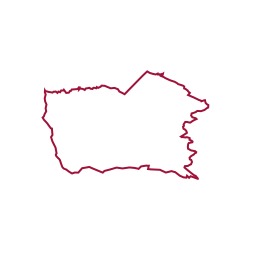 Kongba, Gbapolu, Liberia, rotated 45°
{"feature_id": "62588387B18809430914172", "entity_name": "Kongba", "entity_type": "district", "adm_level": 2, "iso_a3": "LBR", "parent_name": "Liberia", "parent_adm1": "Gbapolu", "projection": "mercator", "projection_center": [-10.454, 7.678], "detail": "fine", "context": "isolated", "style": "outline", "palette": "rose", "viewbox_px": 256, "rotation_deg": 45, "n_neighbors": 0, "source": "geoboundaries", "source_scale": "gbopen_adm2", "svg_char_len": 3245}
<svg xmlns="http://www.w3.org/2000/svg" viewBox="0 0 256 256"><g transform="rotate(45 128 128)"><path d="M213.2,114.6L213.0,114.3L212.8,114.3L210.2,114.1L209.7,114.0L208.0,114.7L201.4,115.5L195.9,116.0L195.7,115.6L195.3,115.1L195.2,114.8L197.2,112.4L197.8,110.1L198.2,109.0L197.2,106.7L195.3,105.9L194.4,106.3L193.8,106.4L192.5,105.4L192.5,103.2L193.3,100.1L193.1,98.4L193.6,97.6L193.5,97.3L193.3,96.8L191.7,97.0L188.7,99.1L187.4,99.6L187.2,99.6L185.1,100.2L183.8,99.1L183.7,99.1L182.2,97.2L181.9,96.7L181.6,95.7L182.4,94.4L183.6,92.6L183.1,91.9L182.0,92.0L179.8,92.8L179.4,92.1L178.6,91.5L176.8,92.5L176.1,92.9L175.7,93.4L175.5,93.9L173.0,95.8L172.5,96.5L172.4,96.5L171.5,96.6L171.7,96.0L173.1,90.0L173.1,89.8L172.5,89.5L171.7,89.0L169.6,88.7L167.8,89.3L167.5,89.1L166.6,88.5L166.0,88.2L166.0,87.7L166.0,86.9L165.2,86.4L164.8,86.2L164.2,83.2L164.7,82.7L165.5,81.9L166.4,81.5L166.5,81.4L168.2,80.2L168.7,77.4L169.1,75.9L170.1,73.2L169.1,73.2L165.9,74.9L163.8,74.5L163.0,73.2L162.7,72.7L163.6,71.1L164.7,68.8L164.7,67.7L165.3,66.6L167.6,64.6L169.3,61.3L169.7,58.3L170.2,56.8L170.0,56.6L168.6,55.0L167.0,55.4L166.2,55.4L165.2,55.4L162.9,54.0L162.7,53.9L162.2,54.7L161.0,57.2L160.5,57.0L159.9,57.3L159.4,57.5L158.4,58.0L152.6,60.0L151.7,60.4L148.1,61.8L147.2,62.2L147.1,61.2L147.0,60.2L146.9,59.4L144.9,59.6L143.5,59.3L143.3,59.4L141.8,59.6L141.5,59.6L139.9,60.2L139.7,60.3L138.7,59.2L138.4,58.9L137.2,59.1L136.9,59.2L136.1,59.6L134.9,60.2L132.8,61.3L132.5,61.5L131.0,61.6L128.1,62.4L127.4,62.8L124.0,64.5L122.4,65.1L119.1,66.3L117.0,66.8L115.0,67.7L115.0,67.2L115.0,66.0L114.3,64.9L114.1,65.9L114.0,66.4L113.4,66.4L113.1,67.9L112.3,67.7L111.5,68.9L111.2,68.7L110.6,68.4L110.2,69.4L109.8,70.5L107.7,71.9L104.4,73.7L101.6,74.4L101.5,76.3L101.4,81.2L101.6,100.2L101.7,106.5L99.1,107.3L96.2,108.3L94.2,107.9L93.5,107.7L90.1,109.2L87.7,112.2L85.2,113.2L81.6,114.7L79.3,116.8L79.5,118.0L78.5,120.8L77.0,121.1L77.4,122.4L75.4,123.6L75.0,124.9L75.3,125.5L73.6,126.8L72.4,126.8L70.2,130.0L70.5,131.7L68.9,132.1L66.2,133.8L66.2,135.1L65.1,133.5L64.5,134.0L64.9,136.0L61.0,140.6L61.4,142.0L60.8,142.8L61.2,144.5L60.9,145.2L59.5,146.9L55.6,146.3L55.8,147.2L54.2,148.7L54.7,150.7L53.1,151.4L53.3,153.1L51.1,153.3L50.1,154.7L49.7,155.0L49.6,156.3L46.2,158.7L43.2,160.4L42.9,160.3L43.9,161.5L46.2,162.6L48.1,165.9L50.7,167.8L53.8,169.1L55.8,172.3L58.4,174.1L59.2,177.1L60.3,179.3L60.3,181.0L62.7,181.6L67.5,181.8L73.6,182.8L74.6,182.2L74.8,182.4L79.5,186.3L80.0,188.8L84.0,190.9L90.6,193.1L95.4,196.4L95.4,196.8L95.9,197.9L96.0,198.1L97.2,198.6L98.1,198.6L99.3,198.7L101.4,198.6L102.2,198.8L102.3,198.8L102.9,199.0L105.0,200.1L107.3,201.2L109.2,202.0L109.5,202.1L111.2,202.1L113.0,201.4L113.8,201.0L114.8,200.9L115.6,200.8L117.6,200.5L119.1,200.1L120.2,199.8L120.6,199.7L121.8,197.2L124.4,194.7L124.0,188.9L128.2,182.9L129.8,182.3L132.1,181.4L141.2,177.6L141.7,177.4L141.7,176.1L141.7,175.0L144.6,170.1L147.9,164.1L152.7,160.5L156.9,154.9L160.6,151.8L163.8,149.7L164.4,149.4L164.4,146.0L167.4,141.8L168.7,140.7L169.4,140.0L171.2,142.9L173.4,141.1L180.1,135.0L186.3,132.7L187.1,131.3L187.5,130.7L189.2,127.8L192.7,125.8L198.4,125.1L202.2,123.6L204.4,121.8L203.5,120.0L206.4,120.0L206.4,117.8L213.2,114.6Z" fill="none" stroke="#9f1239" stroke-width="2"/></g></svg>